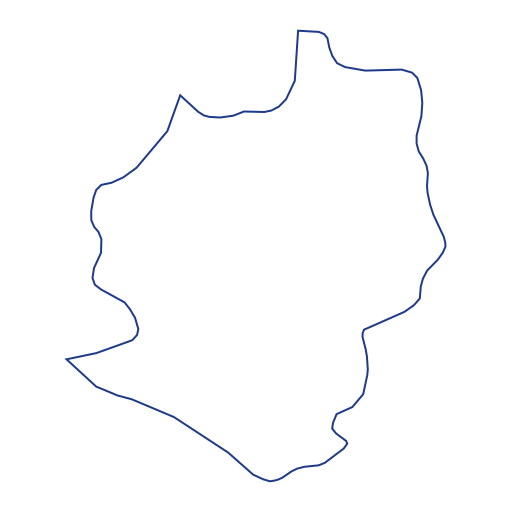 the border of Harare
{"feature_id": "ZWE-525", "entity_name": "Harare", "entity_type": "City", "adm_level": 1, "iso_a3": "ZWE", "parent_name": "Zimbabwe", "parent_adm1": "", "projection": "albers", "projection_center": [31.074, -17.86], "detail": "fine", "context": "isolated", "style": "outline", "palette": "blue", "viewbox_px": 512, "rotation_deg": 0, "n_neighbors": 0, "source": "natural_earth", "source_scale": "10m", "svg_char_len": 1371}
<svg xmlns="http://www.w3.org/2000/svg" viewBox="0 0 512 512"><path d="M264.4,112.0L271.4,110.5L278.9,106.6L286.1,99.2L294.8,80.8L298.1,30.7L318.8,31.9L324.0,34.0L327.4,38.1L329.3,47.5L332.3,55.9L337.1,63.2L345.1,67.1L365.3,70.6L401.6,69.6L412.0,72.6L417.3,77.9L421.1,90.2L422.3,102.8L421.4,116.1L416.6,135.7L416.6,143.6L418.8,151.5L423.3,158.7L426.5,165.7L427.9,173.0L427.0,186.2L427.6,193.0L430.1,204.7L433.4,214.7L443.8,236.9L445.2,242.3L445.5,246.4L442.9,252.5L437.8,259.7L427.2,270.5L422.9,278.7L420.8,286.5L419.8,298.5L413.9,305.2L404.5,311.8L364.0,329.7L362.7,333.1L362.5,336.8L365.7,349.4L366.9,356.3L367.8,369.3L367.3,375.0L363.2,394.2L352.4,407.0L336.6,414.1L333.0,422.9L332.2,428.6L336.0,433.4L346.2,441.0L347.2,443.7L343.8,448.5L324.7,462.9L318.7,465.3L304.4,466.8L297.2,468.6L291.5,471.4L282.3,477.7L278.4,479.5L274.4,480.6L270.0,481.3L263.2,479.3L253.1,474.6L228.2,452.6L174.0,417.1L131.8,399.3L117.6,395.5L96.2,386.6L66.5,359.3L96.3,353.1L132.3,340.2L137.1,334.9L138.3,329.0L135.0,317.7L130.2,309.6L124.6,302.4L101.4,289.7L94.9,284.8L92.5,278.0L94.0,268.1L101.0,252.8L101.4,239.2L98.5,232.0L94.2,226.9L91.3,220.2L91.2,211.3L93.5,197.9L96.2,190.0L101.3,184.9L111.4,182.8L123.4,177.3L136.6,167.7L167.3,131.2L180.2,95.3L198.2,111.8L203.8,115.4L209.4,116.9L220.2,117.5L233.2,115.7L244.0,111.5L264.4,112.0Z" fill="none" stroke="#1e3a8a" stroke-width="2"/></svg>